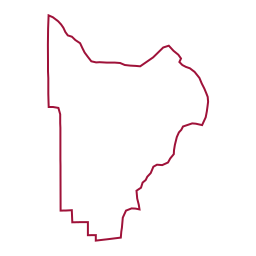 Senador Salgado Filho, Rio Grande do Sul, Brazil
{"feature_id": "56859067B89394810714034", "entity_name": "Senador Salgado Filho", "entity_type": "district", "adm_level": 2, "iso_a3": "BRA", "parent_name": "Brazil", "parent_adm1": "Rio Grande do Sul", "projection": "albers", "projection_center": [-54.531, -28.03], "detail": "fine", "context": "isolated", "style": "outline", "palette": "rose", "viewbox_px": 256, "rotation_deg": 0, "n_neighbors": 0, "source": "geoboundaries", "source_scale": "gbopen_adm2", "svg_char_len": 1307}
<svg xmlns="http://www.w3.org/2000/svg" viewBox="0 0 256 256"><path d="M185.9,66.9L182.3,65.0L179.4,62.0L181.0,58.5L178.3,54.7L173.5,50.8L168.8,45.7L163.2,47.5L156.7,53.9L153.1,57.4L140.2,66.3L135.6,65.9L130.2,65.6L124.8,65.0L120.1,63.0L114.7,62.6L106.9,62.6L99.7,62.2L96.1,62.4L91.3,61.3L87.8,56.8L84.6,52.5L82.4,48.1L80.1,43.2L75.4,40.1L71.9,36.7L67.8,35.4L65.4,32.1L63.4,27.8L61.2,24.6L58.2,21.3L52.8,17.2L48.6,15.4L48.1,28.5L47.9,44.8L48.0,61.6L48.0,71.4L48.3,78.1L48.3,93.7L48.5,101.1L48.7,107.0L53.0,107.0L58.4,107.9L60.2,114.3L60.2,118.6L60.2,123.2L60.4,127.9L60.4,135.1L60.4,144.0L60.4,151.0L60.4,159.8L60.5,165.7L60.5,173.2L60.6,210.6L66.4,210.5L71.8,210.2L72.3,222.3L82.2,222.1L87.9,222.1L87.9,235.2L95.8,235.1L95.8,240.6L107.9,239.2L120.8,237.6L121.3,231.6L121.9,227.8L122.8,217.6L126.0,210.6L131.6,208.4L135.6,208.6L139.5,209.4L138.8,204.9L137.2,198.5L136.5,190.7L141.0,187.7L142.6,182.6L145.7,180.0L147.3,176.7L150.7,173.1L153.4,166.7L157.0,164.7L162.2,165.1L168.0,162.5L170.2,158.5L173.8,154.1L174.0,150.2L174.9,144.8L176.8,137.1L178.9,132.4L181.3,129.8L183.0,126.5L192.2,123.4L195.8,123.7L202.1,125.1L205.7,117.3L206.8,111.6L207.5,106.5L208.1,101.8L207.7,96.9L206.3,93.3L204.3,88.5L201.7,83.4L199.4,77.9L194.6,71.9L189.9,68.3L185.9,66.9Z" fill="none" stroke="#9f1239" stroke-width="2"/></svg>